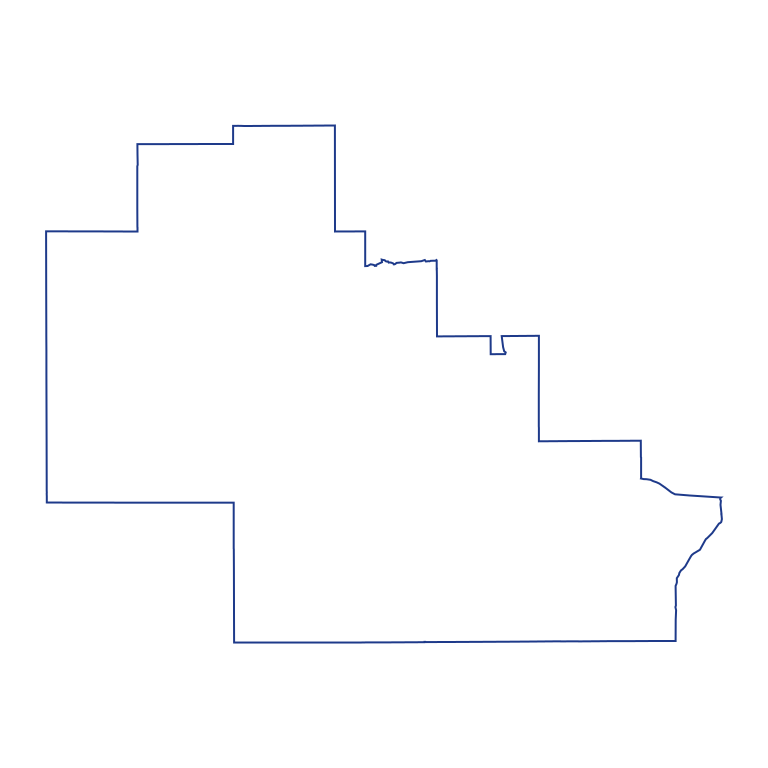 the district of Wudinna, South Australia, Australia
{"feature_id": "25037944B74799247287960", "entity_name": "Wudinna", "entity_type": "district", "adm_level": 2, "iso_a3": "AUS", "parent_name": "Australia", "parent_adm1": "South Australia", "projection": "natural_earth1", "projection_center": [135.46, -32.977], "detail": "fine", "context": "isolated", "style": "outline", "palette": "blue", "viewbox_px": 768, "rotation_deg": 0, "n_neighbors": 0, "source": "geoboundaries", "source_scale": "gbopen_adm2", "svg_char_len": 3471}
<svg xmlns="http://www.w3.org/2000/svg" viewBox="0 0 768 768"><path d="M675.6,641.0L675.7,619.6L676.1,610.3L675.4,607.0L675.8,605.9L675.9,605.5L675.6,585.9L676.5,583.8L676.9,582.2L676.8,578.2L678.9,575.1L679.4,572.9L681.0,570.4L682.6,569.2L685.2,566.4L689.3,559.1L691.1,556.0L692.0,554.8L692.6,554.4L693.5,553.6L699.7,549.9L699.9,549.8L700.1,549.5L700.8,548.2L704.5,541.5L705.0,540.6L705.1,540.4L705.3,540.1L705.4,539.9L705.8,539.3L705.9,539.1L706.7,538.5L707.3,538.0L712.2,533.1L715.2,528.9L718.8,523.8L719.1,523.5L720.0,523.1L721.1,522.2L721.3,521.8L721.9,519.1L721.7,517.1L721.6,515.8L721.3,514.1L721.5,514.0L720.5,504.8L720.9,500.8L720.2,499.4L720.3,498.1L721.0,497.5L720.4,497.5L699.2,496.1L689.7,495.5L687.3,495.3L675.0,494.3L671.4,492.4L665.4,487.8L659.4,483.6L656.6,482.3L653.1,481.1L650.5,479.8L646.5,479.2L643.7,479.1L641.0,478.5L641.1,478.2L641.1,477.9L641.1,477.1L641.1,476.0L641.1,466.9L641.1,466.3L641.1,465.1L641.1,459.8L641.1,459.6L641.1,459.4L641.1,457.9L641.1,457.4L640.9,457.1L640.8,440.7L609.5,440.9L601.7,440.9L586.5,441.0L567.1,441.1L538.9,441.3L538.9,428.1L538.9,427.9L538.8,426.4L538.8,395.1L538.9,366.6L538.9,339.6L538.9,335.8L501.7,336.1L503.1,347.1L504.2,351.3L505.7,352.4L505.2,354.1L490.7,354.2L490.6,336.1L437.0,336.4L436.9,301.7L436.9,285.2L436.9,283.3L436.9,281.4L436.9,278.0L436.9,276.0L436.8,269.7L436.8,268.8L436.9,268.2L436.8,267.9L436.7,268.0L436.7,267.8L436.7,267.2L436.7,266.8L436.7,266.6L436.7,266.4L436.7,265.6L436.7,265.1L436.7,264.8L436.7,263.3L436.7,261.6L436.7,261.0L436.7,260.8L436.7,260.7L436.7,260.4L436.6,260.2L436.4,260.0L435.6,260.7L430.7,260.8L429.6,261.3L428.3,261.2L425.9,261.5L424.8,260.0L421.3,261.2L407.8,262.2L403.6,263.2L400.9,262.4L399.7,262.6L396.5,262.9L395.4,263.9L394.5,264.3L393.9,264.3L393.9,264.1L393.1,263.4L391.4,262.7L389.8,262.4L388.7,262.6L387.9,261.4L387.0,261.6L385.6,261.2L385.1,260.5L384.5,260.1L383.9,260.1L382.3,259.8L381.7,259.6L382.0,262.2L376.3,264.8L376.2,265.8L374.7,265.9L374.2,265.1L372.9,264.7L370.6,264.3L367.6,266.0L365.2,266.1L365.2,231.4L335.0,231.5L334.9,125.5L303.1,125.7L284.4,125.8L274.8,125.8L274.6,125.8L248.2,126.0L244.3,126.0L241.7,125.9L240.2,125.9L237.8,125.8L236.6,125.9L233.1,125.9L233.1,142.6L233.1,144.0L213.7,144.0L212.8,144.0L168.5,144.1L153.0,144.1L137.4,144.1L137.5,154.7L137.7,164.9L137.3,166.2L137.3,194.9L137.3,202.6L137.3,207.7L137.3,207.8L137.4,227.2L137.5,227.4L137.5,228.4L137.5,231.5L132.7,231.5L122.8,231.5L93.3,231.4L87.1,231.4L77.7,231.4L47.6,231.3L47.1,231.3L46.1,231.3L46.1,234.3L46.2,291.2L46.3,327.8L46.3,335.6L46.4,350.4L46.4,374.6L46.6,440.0L46.7,482.0L46.7,483.7L46.7,486.8L46.7,489.5L46.7,490.3L46.8,493.0L46.7,493.5L46.8,496.3L46.8,498.3L46.8,498.8L46.8,500.9L46.8,502.3L46.8,502.5L70.3,502.6L96.1,502.6L102.4,502.6L139.2,502.7L153.5,502.7L165.0,502.7L191.2,502.7L203.8,502.7L204.0,502.7L213.8,502.7L215.7,502.7L217.2,502.7L218.9,502.7L219.1,502.7L219.3,502.7L233.7,502.7L233.7,539.4L233.7,539.6L233.7,542.3L233.7,546.2L233.7,546.5L233.7,548.7L233.8,549.0L233.9,567.4L234.0,604.7L234.0,612.7L234.1,642.5L242.1,642.5L246.6,642.5L247.0,642.5L307.8,642.5L308.0,642.5L346.5,642.5L361.6,642.5L367.0,642.4L385.1,642.4L424.5,642.2L424.5,641.9L425.7,641.9L426.3,642.1L442.5,642.0L448.9,642.0L449.1,642.0L489.3,641.8L509.9,641.7L524.6,641.6L524.8,641.6L525.2,641.6L525.4,641.6L560.4,641.3L560.6,641.4L578.2,641.3L578.4,641.4L604.2,641.2L612.0,641.1L635.1,641.1L654.7,641.0L664.0,641.0L675.6,641.0Z" fill="none" stroke="#1e3a8a" stroke-width="2"/></svg>